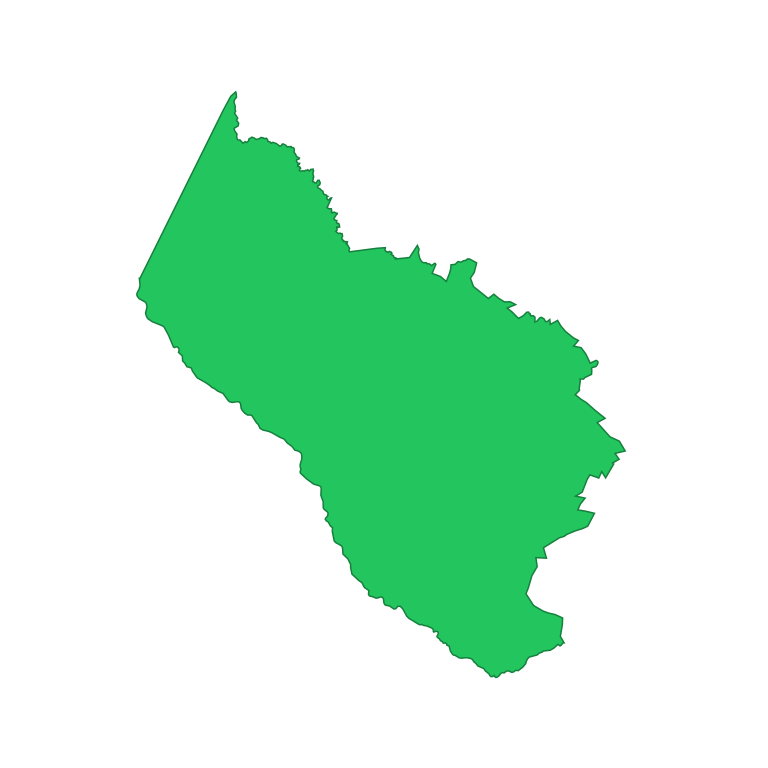 the district of Vhembe, Limpopo, South Africa, rotated 223°
{"feature_id": "47623444B95982048670815", "entity_name": "Vhembe", "entity_type": "district", "adm_level": 2, "iso_a3": "ZAF", "parent_name": "South Africa", "parent_adm1": "Limpopo", "projection": "albers", "projection_center": [30.242, -22.781], "detail": "fine", "context": "isolated", "style": "filled", "palette": "green", "viewbox_px": 768, "rotation_deg": 223, "n_neighbors": 0, "source": "geoboundaries", "source_scale": "gbopen_adm2", "svg_char_len": 6145}
<svg xmlns="http://www.w3.org/2000/svg" viewBox="0 0 768 768"><g transform="rotate(223 384 384)"><path d="M339.8,524.0L345.7,523.5L341.9,531.8L347.6,530.3L352.0,526.1L358.5,524.9L364.9,524.6L366.0,517.7L385.1,516.3L393.0,520.4L394.1,527.2L398.9,535.8L406.9,533.7L408.3,532.3L408.5,530.3L410.0,528.2L410.8,525.6L413.4,524.0L413.5,520.2L416.3,516.8L414.1,514.3L411.6,509.7L408.4,501.5L416.1,501.1L424.2,497.7L427.7,506.9L428.7,507.1L429.3,506.8L429.9,503.1L432.5,502.9L434.7,501.3L435.6,501.6L438.4,499.3L440.4,499.3L443.6,500.3L448.7,503.7L450.2,506.4L454.1,508.1L451.6,493.9L461.0,483.1L461.8,483.7L461.6,484.1L463.6,483.4L464.6,484.3L467.3,483.7L467.4,485.1L468.4,485.4L470.6,484.6L470.8,482.9L472.3,482.7L472.4,482.3L474.6,482.5L476.0,484.6L481.7,478.5L499.4,457.1L500.7,457.8L501.7,459.7L505.7,460.9L507.3,460.7L507.0,461.8L507.6,463.0L508.6,462.5L508.8,461.8L510.5,461.4L510.6,460.7L512.2,461.3L513.1,460.9L513.5,461.5L514.6,462.0L515.1,463.9L517.2,465.4L518.0,464.5L518.9,464.5L519.9,463.0L523.3,462.7L523.3,464.6L525.7,466.5L525.2,467.2L524.4,467.1L523.5,468.6L526.0,470.4L527.1,470.3L527.7,469.5L529.1,469.9L530.0,471.4L530.5,470.9L532.9,470.3L533.4,470.8L534.3,475.2L534.2,476.5L534.6,477.0L535.4,476.4L537.4,475.9L538.3,474.9L538.2,474.0L538.8,473.7L540.0,474.0L540.4,475.1L542.1,476.2L543.8,474.6L545.9,474.2L549.3,484.3L550.0,483.4L549.9,481.0L550.5,480.5L552.0,480.5L552.6,481.0L553.3,482.0L553.1,482.9L554.0,482.5L554.9,482.9L557.6,481.7L560.2,483.3L561.7,482.9L563.5,483.2L565.5,482.6L566.9,482.8L567.7,483.9L566.8,485.6L567.8,487.6L570.4,488.8L571.4,487.7L570.6,484.8L571.9,483.8L573.0,484.0L574.1,483.3L574.7,483.6L575.3,485.5L576.5,486.4L576.5,487.4L579.5,489.4L580.9,491.9L581.9,492.1L582.4,492.8L584.0,490.8L583.8,489.2L584.3,488.7L585.9,488.7L586.1,487.7L587.0,487.0L587.5,485.2L588.7,484.7L590.0,483.0L591.3,482.3L592.3,483.5L591.9,484.6L592.7,485.2L593.8,485.3L595.6,484.3L595.9,485.3L596.5,485.5L595.8,486.8L596.2,487.8L597.0,487.0L598.3,486.7L599.7,487.2L600.6,488.0L600.8,488.4L599.6,490.5L599.9,491.6L603.1,490.7L605.5,491.8L607.8,492.1L609.6,494.5L610.9,495.0L611.9,494.9L613.0,493.8L613.9,494.3L616.5,491.5L618.9,491.6L621.5,490.8L622.1,489.7L621.6,488.5L622.3,486.9L626.9,486.4L630.2,484.8L630.7,483.0L632.1,483.4L634.2,482.3L635.2,483.0L637.5,483.6L639.0,481.8L639.8,481.8L641.3,481.0L642.3,480.1L642.4,478.4L644.4,475.6L646.8,475.4L649.0,474.4L649.9,470.9L648.8,469.5L649.3,466.8L650.9,466.5L651.3,463.9L655.7,464.3L657.4,462.8L658.9,463.3L660.7,464.6L661.9,466.5L665.4,467.2L667.7,468.3L667.9,469.1L666.7,473.2L668.1,475.6L671.8,476.4L672.3,478.6L672.7,478.8L677.9,480.1L678.6,482.4L679.8,482.9L682.3,485.7L686.2,487.9L687.2,490.2L687.4,493.1L690.6,496.0L691.7,496.5L692.3,490.0L688.3,474.6L634.5,294.7L635.0,294.4L629.8,289.9L627.8,286.4L626.8,282.5L625.7,280.7L624.3,279.9L621.1,279.4L614.5,281.1L612.7,280.8L609.9,278.8L606.8,273.3L603.7,271.4L601.2,270.7L596.0,271.5L585.9,275.4L583.7,275.7L574.8,272.7L563.1,267.4L562.1,267.7L561.5,269.3L560.9,269.9L558.7,270.2L557.0,269.2L555.9,267.0L550.7,267.0L547.0,263.5L544.0,263.4L540.0,262.2L535.9,264.3L532.9,262.8L524.9,261.1L515.8,263.3L510.7,264.1L507.5,264.1L505.0,265.0L500.8,265.4L495.4,267.3L486.3,265.6L484.9,265.7L482.4,267.0L479.2,271.1L477.5,272.1L475.5,271.8L471.8,268.7L468.9,267.9L465.7,267.7L462.5,268.3L460.3,270.4L459.2,270.8L451.0,268.7L448.3,268.6L444.4,267.0L441.3,267.7L435.8,270.8L433.1,271.8L423.5,274.1L419.5,275.6L414.6,274.9L408.8,275.6L404.2,274.8L400.9,276.5L398.1,277.0L396.4,276.4L394.3,274.6L392.5,272.2L390.5,268.0L388.7,266.2L386.6,264.9L385.6,262.8L384.4,261.8L375.6,261.8L367.2,262.8L361.6,265.6L360.0,265.6L358.9,265.0L354.2,259.5L348.2,256.4L344.1,252.1L342.3,251.5L337.9,251.8L336.6,251.2L335.2,248.9L335.2,246.1L334.7,245.0L333.2,244.6L330.5,245.0L326.4,243.6L323.6,243.8L321.4,241.0L313.3,235.2L311.0,235.1L305.1,236.6L303.7,236.4L302.1,235.5L298.0,231.6L291.2,231.5L285.2,229.2L283.5,227.2L277.8,223.1L268.1,223.1L264.6,223.7L260.7,222.1L258.9,221.9L254.3,222.6L252.0,219.7L250.6,219.1L249.7,219.2L246.9,220.9L244.0,221.8L242.6,223.3L241.3,225.9L239.8,226.9L237.9,226.5L234.7,223.8L232.8,223.2L231.6,223.5L228.7,225.4L223.3,226.2L222.1,227.6L222.3,230.6L220.7,232.5L216.7,232.3L209.0,229.7L205.8,229.6L194.8,231.9L193.1,232.7L192.3,234.0L190.7,234.3L187.5,236.3L182.3,238.2L179.9,237.8L179.2,236.6L178.5,236.5L177.0,238.9L175.5,239.5L174.0,238.4L173.2,235.6L172.4,235.1L169.8,235.4L167.5,234.8L165.5,235.4L163.9,234.9L162.3,236.6L160.9,236.7L159.7,235.8L157.8,236.8L153.2,233.9L148.7,233.0L147.0,234.0L142.2,235.0L139.8,236.8L138.4,238.7L136.5,240.4L133.0,242.6L131.2,242.8L128.9,242.1L126.2,242.3L123.0,241.8L116.8,244.0L114.5,243.3L109.3,243.6L108.4,243.1L106.4,242.9L105.0,244.1L104.6,246.0L102.5,245.4L101.4,246.4L100.9,248.4L101.1,253.2L99.1,254.6L98.6,257.7L97.2,259.1L93.8,260.3L92.8,261.9L92.5,264.2L90.3,266.0L89.4,271.3L89.6,276.0L90.9,278.5L91.6,281.2L91.5,283.4L87.2,290.3L86.9,293.2L85.4,295.9L85.4,297.3L80.9,302.6L79.7,306.4L79.2,312.1L76.6,312.5L76.3,313.9L76.6,316.6L75.7,317.5L82.9,319.7L89.5,329.7L93.8,334.7L101.8,332.0L107.6,328.6L112.9,326.4L123.5,324.0L137.1,327.4L139.4,333.3L145.1,344.7L147.4,354.9L154.5,360.6L146.4,367.4L155.7,373.0L150.8,391.2L148.4,395.3L147.6,399.0L144.0,406.9L139.9,414.3L138.0,419.0L141.9,433.0L150.1,428.3L156.4,424.1L158.5,430.1L159.1,437.7L167.4,432.7L165.3,440.1L170.5,453.2L171.4,458.0L162.8,461.7L165.0,468.4L157.9,466.5L161.4,482.1L162.9,482.2L160.7,489.3L167.7,490.8L161.9,499.5L172.9,502.7L182.7,499.5L201.8,501.2L198.9,509.7L211.8,508.7L223.4,508.4L229.5,507.2L236.8,506.6L236.7,512.7L238.3,514.0L242.6,520.2L244.0,521.3L241.4,523.7L241.5,525.7L238.8,532.6L241.2,535.6L243.0,536.9L242.8,538.4L241.3,540.5L240.9,541.9L241.5,544.8L242.9,546.3L244.9,546.0L247.5,539.9L257.0,543.6L264.6,545.0L271.1,541.0L271.5,548.4L277.0,546.9L287.2,546.2L294.4,547.1L300.4,548.9L303.0,541.0L306.7,544.2L307.1,541.4L308.0,540.0L308.6,539.9L311.6,540.8L314.5,540.0L315.2,538.6L315.0,534.2L316.0,532.3L319.1,535.8L321.4,535.8L323.0,533.9L325.1,535.1L325.5,534.6L327.3,535.2L328.6,533.8L328.7,528.9L330.4,523.7L339.8,524.0Z" fill="#22c55e" stroke="#15803d" stroke-width="1.5"/></g></svg>